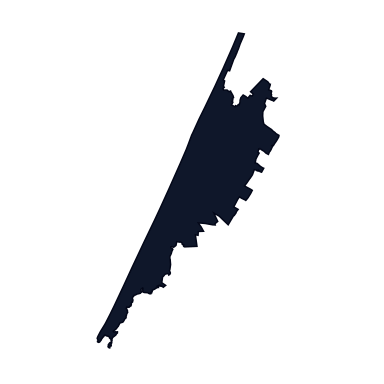 the district of Benito Juárez, Guerrero, Mexico, rotated 95°
{"feature_id": "50627088B69658113715616", "entity_name": "Benito Juárez", "entity_type": "district", "adm_level": 2, "iso_a3": "MEX", "parent_name": "Mexico", "parent_adm1": "Guerrero", "projection": "orthographic", "projection_center": [-100.362, 17.086], "detail": "fine", "context": "isolated", "style": "filled", "palette": "ink", "viewbox_px": 384, "rotation_deg": 95, "n_neighbors": 0, "source": "geoboundaries", "source_scale": "gbopen_adm2", "svg_char_len": 5853}
<svg xmlns="http://www.w3.org/2000/svg" viewBox="0 0 384 384"><g transform="rotate(95 192 192)"><path d="M287.3,210.1L285.0,214.2L279.2,213.9L278.1,212.9L276.3,211.7L275.4,209.4L276.0,207.8L276.6,207.8L276.1,207.0L275.4,206.7L274.8,206.5L274.1,206.6L272.3,207.6L271.3,207.3L266.2,207.0L261.0,207.9L260.0,208.3L258.1,208.4L255.2,207.3L252.9,206.9L250.8,206.1L250.2,206.5L249.6,208.1L248.9,208.4L248.4,208.2L248.2,207.8L248.1,207.3L248.6,205.9L248.6,205.5L248.0,204.7L246.6,203.3L242.8,202.9L243.0,199.7L242.6,199.2L243.8,197.3L244.5,197.3L244.9,197.2L245.1,196.6L245.3,195.6L245.7,195.6L246.3,195.9L247.0,195.4L247.3,194.6L245.7,182.3L234.3,184.9L234.6,182.2L230.8,182.3L230.1,177.1L225.8,180.0L224.5,181.2L222.2,183.0L222.2,176.1L222.9,168.5L222.8,166.0L221.7,166.4L220.2,165.0L219.1,163.8L211.0,168.5L213.7,162.8L221.5,153.1L212.5,148.8L211.6,148.3L211.7,147.9L208.9,146.3L208.7,146.4L207.6,146.0L205.3,144.5L203.2,149.1L195.3,145.8L193.7,144.9L192.6,144.3L193.8,142.3L195.3,138.4L195.7,137.7L195.2,137.3L192.8,135.7L188.3,133.4L185.1,132.1L184.7,132.8L184.0,134.2L182.4,138.0L181.3,140.2L178.4,138.3L174.1,135.9L173.1,135.2L169.6,133.3L164.3,131.9L164.7,128.9L165.1,129.1L165.4,127.9L164.6,127.6L164.8,127.3L165.9,125.8L166.2,124.4L162.1,122.6L161.7,123.8L160.5,126.1L159.7,127.2L158.9,128.2L157.9,129.6L157.7,130.5L157.6,131.6L153.6,131.2L149.9,129.7L147.4,128.5L146.6,129.8L143.4,129.3L143.6,128.8L143.1,128.3L142.8,128.1L143.9,126.4L145.2,123.7L146.8,121.8L147.9,119.2L146.9,118.8L145.8,118.6L144.3,117.6L142.7,116.9L140.9,116.3L139.2,115.6L138.8,116.3L138.3,115.4L138.5,114.9L138.3,114.8L136.4,113.9L135.5,113.3L132.7,111.8L129.6,110.4L128.0,110.3L126.5,113.5L125.6,114.4L124.2,116.7L123.0,118.0L120.1,123.2L118.2,126.1L118.0,126.3L115.8,127.1L110.1,128.2L105.8,128.4L100.2,126.0L97.6,127.5L92.1,126.1L92.0,125.9L92.9,122.6L93.6,120.7L93.6,120.1L94.3,118.5L91.1,115.9L91.3,118.0L91.1,118.7L91.2,119.4L90.7,120.3L90.2,120.8L90.0,121.3L89.5,121.3L89.1,121.4L88.2,121.2L87.3,121.6L86.6,121.8L86.0,121.7L85.2,121.4L84.3,121.7L83.4,124.6L79.2,123.5L77.9,123.4L78.0,124.0L75.6,126.1L72.9,131.0L87.0,142.4L89.1,139.4L91.3,140.6L90.6,142.5L93.7,144.6L92.2,146.7L90.9,149.5L93.9,151.6L94.3,151.6L94.5,151.7L96.3,152.1L98.0,152.0L98.9,152.1L101.0,152.6L100.8,153.4L102.7,154.9L102.2,156.1L103.3,156.5L101.9,160.2L98.9,159.1L98.4,160.1L96.6,159.3L95.8,160.1L94.4,158.8L92.5,159.5L89.1,161.8L88.7,162.2L88.1,162.4L88.8,164.0L87.4,165.9L87.7,169.4L86.2,170.2L84.9,169.0L83.8,169.9L78.5,169.2L77.7,170.7L67.7,167.2L68.0,165.1L56.2,162.0L54.0,161.0L51.4,160.1L51.0,160.1L50.6,160.3L50.4,159.8L49.5,159.5L47.6,159.0L45.2,158.2L40.4,157.0L32.8,154.5L29.9,153.7L29.5,159.6L43.7,164.1L66.9,172.0L70.7,173.4L84.5,178.3L106.6,186.6L118.4,191.2L133.4,196.5L135.4,197.3L143.5,199.5L150.1,201.4L164.6,206.2L190.8,215.2L210.9,222.3L223.5,226.9L245.5,235.2L272.6,245.2L291.3,251.9L312.3,259.6L321.1,263.0L329.7,266.5L331.7,267.4L339.1,271.1L343.4,272.9L345.1,273.5L346.1,273.7L347.8,272.7L348.7,272.8L349.0,272.9L349.0,273.1L349.4,273.1L349.9,272.3L349.9,271.7L349.8,271.4L349.1,270.6L348.4,270.3L347.7,269.7L346.0,269.1L345.7,268.8L344.6,268.2L343.8,267.4L342.4,266.7L342.2,266.4L342.1,266.1L342.3,265.5L342.7,265.0L342.9,263.6L343.2,262.4L343.2,262.2L343.4,261.9L344.5,261.5L345.9,259.8L346.9,259.7L347.3,259.3L348.3,259.2L348.8,259.6L348.9,260.2L349.5,260.9L351.3,262.0L351.5,261.8L352.0,262.0L352.4,262.0L353.2,262.2L354.1,261.7L354.4,260.9L354.4,260.7L354.5,260.6L354.4,260.4L354.2,260.7L353.1,260.3L352.7,260.0L352.4,260.0L352.2,259.9L352.4,259.5L352.2,259.5L352.3,259.3L352.1,259.1L351.9,259.1L351.6,259.6L351.4,259.4L350.7,259.3L350.1,259.0L349.6,259.1L349.0,258.8L348.0,259.0L346.9,258.7L346.5,258.9L345.9,258.9L344.4,258.6L343.5,258.0L341.4,255.7L340.9,255.3L340.0,255.0L339.2,254.2L338.9,254.0L337.8,254.1L337.9,254.6L338.0,254.8L338.0,255.0L337.9,256.3L338.1,256.7L338.5,257.1L338.4,257.5L338.1,258.1L337.8,258.3L337.6,258.3L337.1,258.0L336.5,257.1L336.2,256.9L335.6,256.1L333.6,254.7L332.7,254.2L332.3,253.8L331.8,253.6L330.5,253.1L329.1,252.5L328.4,251.7L328.2,250.7L327.6,249.5L326.9,249.0L326.3,248.8L325.4,248.3L324.6,248.2L324.3,248.0L323.8,247.1L322.7,246.7L321.8,246.8L321.7,247.0L321.1,246.7L320.6,246.7L320.3,246.5L319.7,246.6L318.9,246.2L318.4,246.1L317.6,245.6L317.4,245.6L316.7,245.9L316.0,245.9L315.2,246.2L315.0,246.6L314.5,246.8L314.1,247.3L313.8,247.5L313.5,247.4L313.2,247.1L312.7,247.0L312.7,246.9L312.3,247.0L312.0,246.8L312.4,246.2L312.3,245.4L312.4,245.1L312.4,244.8L311.9,244.2L311.7,244.1L311.3,244.2L311.1,244.1L311.0,243.7L311.0,243.1L310.5,242.8L310.2,242.9L309.7,242.7L309.5,242.8L308.9,242.6L308.3,242.7L307.2,242.6L307.1,242.4L307.1,242.0L307.0,241.8L306.7,241.6L306.4,241.6L306.3,241.8L305.8,241.5L305.0,241.4L304.4,241.5L303.3,242.1L302.7,242.1L301.8,241.8L301.1,241.2L301.0,241.3L300.5,241.2L300.1,240.9L300.2,240.7L299.9,240.5L299.6,239.9L299.6,239.5L298.4,237.7L297.9,235.9L297.3,234.7L296.9,234.3L296.5,234.1L296.3,233.7L296.1,233.6L296.0,233.9L296.2,234.0L295.5,234.2L295.0,234.0L293.8,234.3L293.3,234.2L292.0,233.0L291.9,232.7L292.1,232.5L292.5,232.7L293.0,232.5L293.3,232.6L294.6,232.3L294.9,232.6L295.4,232.7L295.9,232.1L296.2,231.3L296.3,230.5L296.2,227.3L296.8,226.2L297.1,225.2L297.0,224.3L296.9,224.1L296.6,224.2L296.5,224.4L296.5,224.8L296.4,224.9L295.8,224.4L296.1,223.9L296.0,223.4L295.8,223.4L295.7,223.6L295.4,223.8L295.0,223.7L295.1,223.4L294.8,223.0L293.6,223.0L293.1,222.9L292.9,222.6L292.9,222.1L292.6,221.8L292.0,220.7L291.5,220.3L291.4,220.2L291.5,220.1L291.0,219.6L290.9,219.2L290.5,218.8L290.3,218.2L289.7,218.1L289.6,217.8L289.9,217.1L289.5,217.1L289.2,217.3L289.4,217.8L289.3,218.0L289.5,218.5L289.0,218.7L288.5,218.2L287.7,216.5L287.9,215.7L288.2,216.5L288.5,215.9L288.5,215.5L288.2,215.4L288.5,215.1L288.7,213.4L289.4,212.3L287.3,210.1Z" fill="#0f172a" stroke="#020617" stroke-width="1.5"/></g></svg>